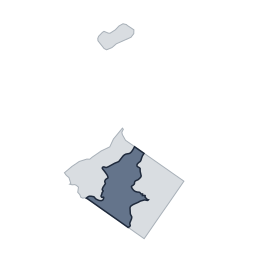 where Centro Sur sits in Equatorial Guinea, rotated 35°
{"feature_id": "GNQ-1468", "entity_name": "Centro Sur", "entity_type": "Province", "adm_level": 1, "iso_a3": "GNQ", "parent_name": "Equatorial Guinea", "parent_adm1": "", "projection": "robinson", "projection_center": [10.435, 1.583], "detail": "fine", "context": "in_parent", "style": "filled", "palette": "slate", "viewbox_px": 256, "rotation_deg": 35, "n_neighbors": 0, "source": "natural_earth", "source_scale": "10m", "svg_char_len": 3121}
<svg xmlns="http://www.w3.org/2000/svg" viewBox="0 0 256 256"><g transform="rotate(35 128 128)"><path d="M204.3,139.5L204.4,153.4L204.5,165.1L204.5,177.8L204.6,191.0L204.7,202.2L204.7,209.4L193.9,209.4L179.5,209.3L165.1,209.3L150.7,209.2L143.5,209.2L135.6,209.2L133.0,209.6L131.2,211.4L129.1,211.8L126.7,210.2L123.7,209.5L122.9,207.9L121.4,204.9L118.4,204.6L116.9,204.9L114.8,206.6L112.4,207.5L112.9,206.2L108.1,202.5L104.7,202.2L101.6,201.1L104.1,191.7L107.3,183.3L112.1,177.1L114.6,175.5L115.4,172.4L119.2,162.2L123.9,153.9L122.4,145.4L123.5,131.3L124.9,131.7L125.1,133.0L125.4,135.0L127.2,136.7L133.0,139.5L150.3,139.5L160.6,139.5L175.9,139.5L192.1,139.5L204.3,139.5ZM67.3,44.2L68.6,44.4L76.5,44.2L78.6,47.4L78.4,52.0L70.2,65.6L68.7,71.4L65.6,76.2L62.8,76.6L53.4,73.8L51.9,72.0L51.3,69.7L52.2,64.3L52.9,62.6L57.4,61.6L58.9,60.7L61.3,54.9L62.1,49.6L64.1,45.5L67.3,44.2Z" fill="#d9dde1" stroke="#a8b0b8" stroke-width="1"/><path d="M144.1,139.6L155.7,139.6L155.8,142.6L156.3,144.5L157.1,147.1L157.2,147.9L157.1,148.7L156.7,149.9L156.5,150.7L156.3,152.1L156.4,152.9L156.7,153.4L156.8,153.5L157.4,154.1L157.9,154.2L160.2,154.0L161.1,154.2L161.4,154.6L162.8,156.5L166.3,159.7L166.6,160.7L166.5,162.1L166.2,163.5L165.9,164.6L164.5,166.9L164.3,167.7L164.4,168.5L165.1,169.7L165.3,170.3L165.0,172.0L164.4,173.3L164.5,174.2L166.2,175.2L167.9,175.7L169.3,175.9L170.7,175.7L172.2,175.2L174.0,174.2L174.6,174.0L175.1,174.1L176.0,174.4L176.5,174.5L177.0,174.2L177.5,173.8L177.8,173.7L178.5,175.1L178.9,174.9L179.6,174.1L180.0,173.9L180.4,173.6L180.7,173.5L181.1,173.7L181.2,173.9L181.3,174.6L181.5,174.8L182.3,175.0L185.0,175.5L185.4,175.4L185.9,175.1L185.9,175.4L185.6,176.1L185.1,176.4L183.2,177.2L182.6,177.7L180.2,180.6L179.8,181.3L179.0,183.0L176.9,186.4L175.9,188.2L175.2,190.1L175.1,190.8L175.2,191.6L175.6,192.5L179.0,196.8L179.7,197.4L181.9,198.5L182.5,199.3L183.0,200.5L183.9,204.5L184.4,205.5L184.8,205.8L185.2,206.1L185.6,206.4L185.9,206.8L185.9,207.5L185.9,208.0L185.1,209.2L185.1,209.4L173.1,209.3L157.2,209.3L156.0,209.3L141.4,209.2L135.6,209.2L134.1,209.4L134.4,208.1L134.9,206.9L135.2,206.4L135.5,206.0L135.8,205.8L137.0,205.0L138.3,204.4L138.5,204.3L139.2,204.0L139.7,203.9L140.2,204.0L141.2,204.3L141.9,204.5L142.7,204.5L143.7,204.4L145.7,204.0L146.5,203.6L147.3,203.2L148.0,202.6L148.5,201.8L148.7,201.1L148.6,200.3L148.4,199.6L148.1,199.0L147.7,198.7L147.4,198.8L147.0,199.1L146.7,199.6L146.2,199.8L145.7,199.7L145.1,199.4L144.8,198.9L144.5,197.4L144.4,196.9L144.1,196.5L143.9,196.0L143.9,195.2L143.9,194.5L143.8,193.9L143.5,193.6L142.9,193.6L142.4,193.4L142.0,193.0L141.7,191.8L141.5,190.8L141.4,186.9L141.2,186.3L140.1,185.6L139.6,185.1L139.3,184.2L139.2,183.4L139.3,182.7L139.8,181.3L140.2,180.6L140.1,180.3L140.0,180.0L139.0,179.1L137.5,178.3L134.1,177.1L130.3,176.0L130.0,175.7L129.8,175.4L129.7,174.8L130.0,174.2L130.5,173.7L131.4,173.4L132.4,173.1L133.1,172.6L134.1,171.0L137.3,164.5L139.2,161.6L139.7,160.5L140.0,154.0L140.2,152.9L140.5,152.0L141.1,150.8L141.6,150.2L143.6,148.2L144.0,147.6L144.2,146.8L144.5,145.8L144.5,142.9L144.1,139.6Z" fill="#64748b" stroke="#1e293b" stroke-width="1.5"/></g></svg>